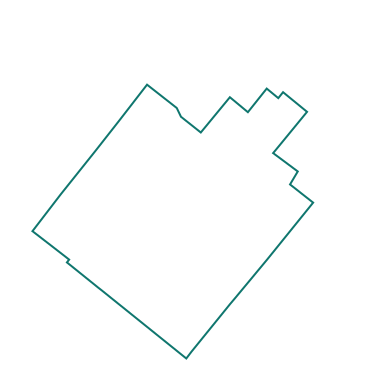 the district of Garland, Arkansas, United States of America, rotated 308°
{"feature_id": "52423323B93993712170814", "entity_name": "Garland", "entity_type": "district", "adm_level": 2, "iso_a3": "USA", "parent_name": "United States of America", "parent_adm1": "Arkansas", "projection": "mercator", "projection_center": [-93.096, 34.581], "detail": "fine", "context": "isolated", "style": "outline", "palette": "teal", "viewbox_px": 384, "rotation_deg": 308, "n_neighbors": 0, "source": "geoboundaries", "source_scale": "gbopen_adm2", "svg_char_len": 524}
<svg xmlns="http://www.w3.org/2000/svg" viewBox="0 0 384 384"><g transform="rotate(308 192 192)"><path d="M63.0,105.8L63.1,136.8L59.5,136.8L58.9,176.6L58.9,181.1L57.3,290.0L65.8,289.9L127.2,291.0L135.0,291.3L185.0,292.8L258.2,294.0L258.3,264.6L273.3,262.7L272.6,232.0L288.0,232.4L326.0,233.3L326.7,202.3L319.1,202.2L319.3,194.3L319.5,187.2L289.3,186.9L290.0,163.5L244.3,162.3L244.5,137.0L248.8,128.3L248.9,90.5L202.6,90.7L164.6,90.6L109.6,90.0L62.9,90.4L63.0,105.8Z" fill="none" stroke="#0f766e" stroke-width="2"/></g></svg>